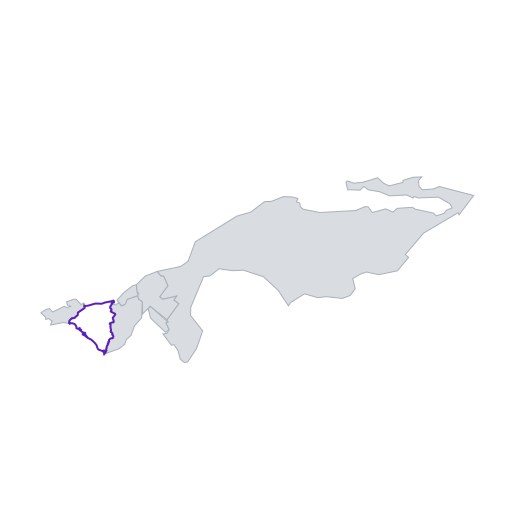 Nicaragua shown with its bordering countries, rotated 125°
{"feature_id": "NIC", "entity_name": "Nicaragua", "entity_type": "country or territory", "adm_level": 0, "iso_a3": "NIC", "parent_name": "North America", "parent_adm1": "", "projection": "albers", "projection_center": [-84.819, 12.872], "detail": "medium", "context": "with_neighbors", "style": "outline", "palette": "violet", "viewbox_px": 512, "rotation_deg": 125, "n_neighbors": 6, "source": "natural_earth", "source_scale": "50m", "svg_char_len": 4733}
<svg xmlns="http://www.w3.org/2000/svg" viewBox="0 0 512 512"><g transform="rotate(125 256 256)"><path d="M81.6,112.4L105.8,113.3L104.6,115.3L141.2,131.9L169.2,134.5L169.6,130.2L187.0,131.7L200.8,144.6L205.8,156.4L210.8,160.0L219.0,163.8L226.0,155.9L234.3,156.2L241.2,160.9L249.0,175.1L254.7,181.5L259.1,194.5L274.2,201.0L278.2,200.9L271.5,218.0L268.7,238.0L274.9,258.3L281.5,266.8L287.6,278.9L298.8,282.3L303.0,287.1L335.4,280.0L342.2,275.6L347.9,256.7L366.2,251.6L381.9,251.2L384.4,253.6L384.0,258.9L378.3,265.5L375.7,272.2L377.6,274.1L373.2,287.6L370.6,284.7L366.3,284.9L362.4,291.6L360.5,290.3L359.2,292.4L339.4,291.9L339.3,298.1L334.4,298.0L345.1,307.7L344.7,311.5L330.9,311.2L325.5,320.1L327.0,322.3L325.3,328.1L308.0,311.9L299.4,308.6L279.1,313.9L234.2,294.5L223.1,285.5L206.6,280.2L202.5,274.8L191.6,267.6L186.9,260.2L184.8,254.6L188.4,253.9L187.6,250.6L190.2,248.0L190.6,244.2L183.8,228.7L161.5,200.3L153.1,195.1L151.4,192.3L153.7,185.7L143.1,176.9L141.4,169.1L136.0,167.7L126.4,155.8L126.3,152.4L119.1,135.3L119.7,131.3L112.9,126.3L109.5,126.4L104.1,122.9L102.0,126.9L103.1,140.2L115.6,156.7L116.5,160.6L118.4,160.6L119.7,167.7L130.1,181.0L132.4,191.4L137.3,201.8L137.3,207.6L142.3,208.5L149.2,219.0L144.0,224.6L142.2,224.3L140.1,217.4L134.0,210.5L122.1,201.2L123.2,193.3L122.3,187.2L111.3,177.8L109.8,179.0L101.5,172.6L96.2,165.7L101.2,166.1L105.4,162.5L106.4,157.7L99.4,149.2L93.9,145.6L81.6,112.4Z" fill="#d9dde1" stroke="#a8b0b8" stroke-width="1"/><path d="M430.4,384.7L426.2,385.7L426.3,390.2L428.6,391.8L426.9,393.1L425.9,399.6L419.9,397.2L417.6,394.9L418.5,390.5L407.3,384.2L406.5,381.0L403.6,379.0L404.4,382.2L402.2,384.9L396.1,380.7L394.6,378.4L396.1,371.5L393.1,369.9L397.2,366.3L404.5,369.3L407.0,367.8L410.5,368.8L415.5,371.8L418.1,369.4L420.9,375.5L430.4,384.7Z" fill="#d9dde1" stroke="#a8b0b8" stroke-width="1"/><path d="M423.4,324.1L419.7,323.9L409.4,328.3L404.2,326.4L401.6,331.3L394.7,337.1L391.5,334.8L389.2,337.8L384.4,337.9L384.6,343.4L378.2,346.5L376.4,342.9L373.1,341.9L373.9,337.5L372.4,336.2L365.4,336.7L356.3,330.1L358.6,327.3L358.6,322.9L372.2,314.2L382.9,315.5L392.7,312.8L398.7,314.2L403.6,313.0L410.2,314.8L423.4,324.1Z" fill="#d9dde1" stroke="#a8b0b8" stroke-width="1"/><path d="M356.3,330.1L365.4,336.7L370.2,335.4L373.9,337.5L371.8,344.6L361.6,343.2L351.2,340.1L348.1,337.6L354.3,332.0L353.8,330.7L356.3,330.1Z" fill="#d9dde1" stroke="#a8b0b8" stroke-width="1"/><path d="M325.3,328.1L327.0,322.3L325.5,320.1L330.9,311.2L344.7,311.5L345.1,307.7L334.4,298.0L339.3,298.1L339.4,291.9L359.2,292.4L357.9,313.8L368.7,315.7L358.6,322.9L358.6,327.3L356.3,330.1L353.8,330.7L354.3,332.0L348.1,337.6L335.9,335.2L325.3,328.1Z" fill="#d9dde1" stroke="#a8b0b8" stroke-width="1"/><path d="M357.9,313.8L360.5,290.3L362.4,291.6L366.3,284.9L370.4,286.5L367.4,306.7L361.2,313.8L357.9,313.8Z" fill="#d9dde1" stroke="#a8b0b8" stroke-width="1"/><path d="M423.3,324.1L422.7,324.8L422.0,326.1L421.8,326.2L421.7,325.3L421.3,325.1L420.8,325.5L420.5,326.0L421.0,326.7L421.8,326.8L423.0,331.4L422.8,332.2L422.0,333.5L421.3,334.6L420.6,335.2L419.7,338.1L419.0,342.8L419.6,347.0L419.3,350.9L419.6,351.8L419.6,353.0L419.0,353.2L418.7,353.1L418.4,352.4L418.4,351.8L418.8,351.1L418.9,350.1L418.7,349.6L418.4,350.7L417.4,351.4L417.0,352.0L418.1,354.4L417.9,355.0L417.8,357.3L417.6,357.2L417.4,356.9L416.9,356.9L416.8,358.3L416.4,358.7L416.2,359.1L417.0,359.6L417.6,359.5L418.0,360.7L418.1,361.6L417.1,362.4L416.2,364.0L415.8,365.4L416.2,367.3L416.9,368.6L417.5,369.5L418.3,369.7L418.1,370.6L417.5,371.1L416.4,371.6L415.2,371.7L413.3,371.3L412.5,371.2L412.2,371.0L412.1,370.5L411.6,369.9L410.5,369.0L409.9,369.0L409.0,368.9L407.4,368.3L406.7,368.2L404.4,369.4L397.0,366.6L396.6,366.7L395.7,367.8L395.2,368.1L395.2,367.8L394.3,366.5L392.9,365.0L387.3,360.5L385.3,357.7L384.2,355.8L383.2,354.7L380.2,352.6L379.5,351.8L376.6,349.0L374.4,347.3L374.4,346.6L375.3,345.8L375.7,345.8L377.0,347.2L377.4,347.2L378.0,346.8L378.0,346.5L381.0,346.4L381.5,346.2L382.1,345.7L382.4,345.0L382.6,343.8L383.0,343.4L384.6,343.2L384.8,342.8L384.2,338.5L384.3,338.0L384.6,337.8L385.9,337.7L388.5,337.9L389.0,337.8L390.0,336.3L390.9,335.3L391.6,334.8L392.1,334.7L392.7,335.6L394.9,337.0L395.5,336.8L395.5,336.0L396.0,335.4L397.1,334.9L398.2,334.0L399.4,332.7L400.3,332.0L401.2,331.8L401.5,331.4L401.3,330.9L401.3,330.3L401.7,329.4L402.1,328.9L402.8,328.7L403.0,328.5L402.9,328.0L403.0,327.6L403.6,326.8L404.9,326.2L405.7,326.4L406.3,327.3L407.2,327.9L408.4,328.2L409.3,328.1L410.0,327.5L410.6,327.4L411.1,327.6L411.3,327.4L411.4,327.0L411.6,326.9L412.6,327.2L413.0,327.1L413.2,326.6L413.5,326.5L414.5,326.6L415.7,326.4L417.7,325.4L418.2,325.4L418.6,325.1L419.2,324.3L420.5,324.0L423.3,324.1Z" fill="none" stroke="#5b21b6" stroke-width="2"/></g></svg>